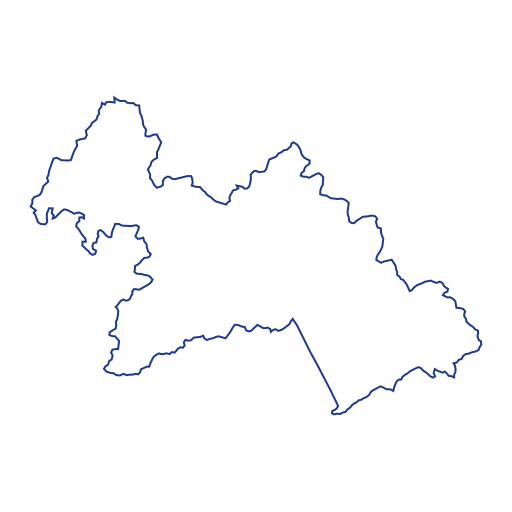 Itaperuna, Rio de Janeiro, Brazil (Robinson projection)
{"feature_id": "56859067B34570142953070", "entity_name": "Itaperuna", "entity_type": "district", "adm_level": 2, "iso_a3": "BRA", "parent_name": "Brazil", "parent_adm1": "Rio de Janeiro", "projection": "robinson", "projection_center": [-41.922, -21.215], "detail": "fine", "context": "isolated", "style": "outline", "palette": "blue", "viewbox_px": 512, "rotation_deg": 0, "n_neighbors": 0, "source": "geoboundaries", "source_scale": "gbopen_adm2", "svg_char_len": 6041}
<svg xmlns="http://www.w3.org/2000/svg" viewBox="0 0 512 512"><path d="M86.8,135.2L85.1,138.4L79.7,139.5L76.4,140.9L77.2,145.6L73.8,151.9L70.8,160.2L68.0,160.5L61.2,160.2L58.8,158.7L56.4,157.8L53.4,158.7L49.1,170.9L48.4,175.1L47.0,177.8L48.3,181.5L43.4,186.1L41.2,192.9L39.7,194.8L37.5,196.0L34.3,197.0L32.3,199.7L32.4,203.0L30.7,206.5L35.8,210.5L33.7,212.6L35.3,214.8L37.9,222.0L40.3,223.8L42.8,224.2L45.4,224.3L47.2,221.9L46.8,217.6L46.9,213.2L48.1,210.9L48.9,208.3L52.7,208.4L51.7,213.2L53.7,215.4L52.8,218.5L55.3,217.5L61.3,211.4L64.1,209.4L66.7,209.8L71.6,212.1L73.9,213.7L78.8,212.5L81.8,213.6L84.1,215.2L83.9,218.5L81.6,217.2L79.3,217.6L79.3,221.1L76.8,223.2L76.1,226.1L78.7,229.3L82.1,234.7L85.5,238.9L85.8,241.7L82.5,241.7L82.4,245.7L84.9,247.8L86.5,249.6L88.6,251.1L89.9,253.3L92.6,254.9L95.2,253.9L96.1,250.8L92.9,248.9L92.4,245.7L93.6,242.9L96.3,242.5L97.1,238.5L98.6,236.5L97.7,234.0L98.3,231.1L100.4,230.0L103.4,232.1L105.9,235.3L108.9,237.3L111.3,237.0L111.9,232.5L115.2,223.9L119.0,224.0L121.6,225.5L124.8,225.8L131.4,226.0L136.4,225.2L139.0,226.8L138.1,230.2L135.4,236.2L137.8,238.9L140.7,238.5L143.2,237.7L144.3,241.5L146.5,244.0L146.9,247.5L148.1,251.5L150.8,254.0L149.4,256.7L147.4,257.6L144.2,257.9L141.8,260.3L139.8,263.0L137.6,264.7L135.0,266.0L134.9,269.1L134.4,271.8L136.5,273.6L141.8,274.1L144.5,275.0L147.5,275.3L149.8,276.5L152.6,279.6L151.3,282.0L148.9,284.2L139.3,289.7L134.1,289.0L132.2,291.5L132.4,294.0L131.1,295.9L130.0,298.7L128.0,300.3L125.4,300.6L123.4,299.5L120.8,300.8L117.5,305.1L115.7,307.0L117.3,308.6L118.3,311.0L118.0,314.6L117.2,319.2L115.9,321.7L116.2,325.2L115.8,328.4L109.6,332.3L109.4,335.0L112.2,336.1L115.0,336.3L119.1,340.9L118.1,349.1L115.8,349.0L112.4,349.7L111.1,352.5L112.6,355.4L111.6,359.6L109.3,360.8L108.0,364.8L105.6,366.1L104.0,368.8L106.4,371.6L110.1,372.8L113.6,373.3L116.2,375.0L119.8,375.5L123.5,373.8L126.6,375.2L129.1,374.7L132.5,374.7L135.7,373.8L138.1,374.3L140.0,372.4L141.0,369.3L146.7,366.7L149.2,366.7L150.4,363.2L152.1,359.6L153.6,356.9L155.5,355.3L159.0,353.4L161.2,354.1L163.8,354.0L166.3,353.3L169.6,354.1L171.8,352.1L174.7,352.6L177.9,348.7L180.3,347.3L183.0,347.7L184.7,345.4L183.8,342.2L185.6,339.8L188.0,340.7L190.9,340.3L193.8,337.6L200.5,336.9L203.2,335.7L204.5,338.6L206.9,340.0L209.9,338.8L212.8,338.3L216.1,336.9L218.6,336.3L225.5,338.3L230.1,332.2L232.9,327.3L234.7,324.8L237.7,324.9L242.2,326.7L244.7,326.9L246.2,330.4L249.0,331.4L251.1,330.8L257.4,324.9L260.4,326.4L262.8,328.0L265.1,328.2L267.4,327.6L270.1,328.9L270.9,331.9L272.7,330.2L275.4,329.2L278.5,330.8L281.5,329.9L283.9,328.4L289.3,324.3L290.9,321.3L292.7,318.9L297.0,325.3L310.1,351.7L318.5,367.1L331.0,391.2L338.1,405.9L336.6,408.6L334.7,410.0L332.4,410.9L332.0,413.3L334.1,414.4L337.5,413.6L340.3,414.0L342.6,412.6L345.5,411.9L347.2,409.6L349.9,407.8L352.2,404.9L354.3,403.4L356.3,402.5L358.8,400.3L361.3,399.7L363.6,398.2L366.2,397.2L369.1,395.0L370.8,392.0L372.5,390.6L380.3,386.4L383.1,387.4L386.4,389.2L390.5,389.4L393.3,390.9L394.2,387.2L395.6,383.5L397.2,380.7L399.0,379.5L401.2,379.6L402.2,377.3L404.5,375.1L407.5,373.4L410.1,371.2L416.6,367.9L418.7,367.2L420.9,368.1L423.2,370.6L426.1,372.5L430.5,376.4L433.1,377.6L435.1,376.4L433.7,373.1L434.8,369.1L437.9,370.9L442.8,372.7L444.8,371.5L446.9,373.5L448.7,375.9L451.5,376.2L454.1,377.4L454.2,374.7L455.5,371.5L455.5,368.4L454.9,365.5L453.6,363.3L456.8,362.4L458.8,359.8L461.6,359.0L463.2,355.9L465.8,354.1L468.3,353.7L472.6,352.1L475.7,351.5L478.5,350.0L479.6,347.2L481.3,344.5L480.9,341.2L478.9,340.3L477.4,336.1L478.1,333.3L478.0,330.7L474.9,329.2L473.3,327.1L469.6,324.6L466.5,321.8L466.1,319.1L464.4,316.7L464.2,314.0L465.2,311.6L463.5,309.1L460.0,308.0L456.4,307.8L455.3,301.2L452.9,298.8L449.9,297.2L447.7,297.5L442.9,295.2L444.5,292.8L447.4,291.6L448.0,288.8L445.9,287.6L443.9,285.9L442.4,283.0L439.8,281.6L436.6,282.9L433.7,282.0L430.9,280.6L425.0,281.7L422.2,283.2L417.0,285.2L414.0,287.5L411.8,290.1L409.7,291.1L407.1,285.3L405.2,282.3L403.1,279.8L401.0,279.2L399.4,276.5L397.2,275.0L397.1,272.1L396.1,269.0L395.5,265.6L391.7,259.7L384.4,261.4L381.0,262.7L376.3,260.0L376.7,257.1L377.9,254.5L379.6,252.4L382.3,246.8L383.3,238.6L381.8,235.4L380.9,231.8L380.9,228.4L377.6,227.5L376.8,225.0L375.9,221.6L377.2,218.8L375.4,216.4L372.6,215.7L370.4,215.7L368.3,216.3L362.8,216.8L356.7,220.7L354.1,223.1L351.6,223.0L349.2,221.2L348.7,217.0L347.8,214.7L347.6,211.0L348.8,203.1L346.6,200.8L344.2,199.4L341.4,198.6L337.8,199.0L331.2,198.3L328.6,197.0L326.5,195.5L323.3,195.3L320.2,194.2L320.3,190.9L321.3,187.4L322.9,184.7L322.9,181.3L323.3,177.3L321.3,174.9L318.7,173.2L316.0,174.1L309.1,177.8L306.5,176.8L303.3,176.7L300.7,175.6L301.7,172.8L304.0,171.0L304.6,168.2L306.1,166.2L309.5,163.8L309.7,160.5L304.4,157.9L302.4,155.4L301.2,153.1L300.5,150.2L299.0,147.1L297.2,144.7L293.4,142.3L291.5,143.6L290.8,146.3L287.0,149.7L283.8,150.3L281.1,152.4L278.4,153.5L276.3,156.5L269.2,159.6L266.0,169.6L264.2,171.5L258.7,172.2L256.7,171.0L254.4,170.9L252.4,172.6L250.6,174.9L250.9,177.6L250.7,180.5L249.2,186.7L246.7,188.6L244.3,188.6L242.5,186.8L236.7,185.6L238.3,188.3L236.3,189.5L233.2,190.3L230.1,195.6L229.4,198.1L230.1,200.9L227.9,202.2L226.2,204.6L215.8,201.4L213.4,199.7L211.3,197.5L207.0,194.7L205.4,192.3L202.7,190.2L199.9,187.0L196.5,186.9L191.7,185.6L192.7,182.7L192.1,178.4L191.1,176.1L187.3,176.1L174.7,179.2L171.9,178.7L169.8,177.0L167.7,176.6L164.8,178.0L162.9,180.9L162.9,185.0L160.5,186.7L156.9,187.7L154.1,184.9L152.3,181.0L150.0,177.9L150.2,174.7L147.9,169.4L150.6,165.1L151.6,161.7L153.9,159.6L157.1,157.9L157.0,152.1L158.4,149.4L161.2,142.3L158.2,137.4L157.0,134.5L153.7,134.6L150.3,136.1L147.9,136.6L145.4,135.7L145.5,132.7L146.2,129.8L144.5,127.4L143.0,124.6L142.9,121.3L141.3,115.4L140.0,113.0L139.2,105.5L135.8,105.2L133.2,103.0L130.3,103.2L127.1,102.7L125.1,100.9L120.1,101.0L117.2,99.7L114.3,97.6L114.7,102.5L108.5,101.8L106.0,102.4L105.0,104.7L101.9,102.9L101.3,106.8L98.7,110.5L99.2,113.8L97.5,116.1L96.6,119.4L91.9,123.1L90.8,125.7L85.8,130.8L86.8,135.2Z" fill="none" stroke="#1e3a8a" stroke-width="2"/></svg>